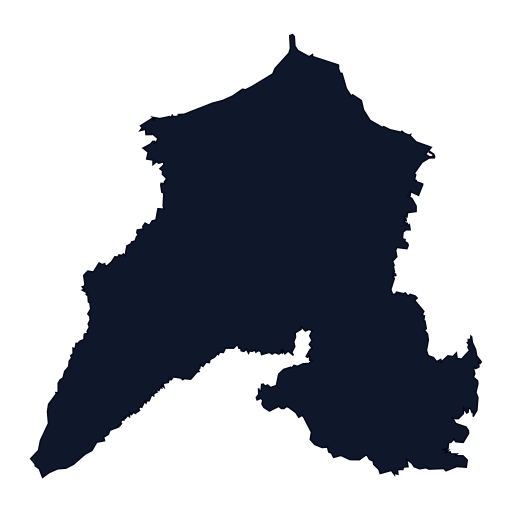 outline of Kendal, Jawa Tengah, Indonesia
{"feature_id": "22746128B21241240008354", "entity_name": "Kendal", "entity_type": "district", "adm_level": 2, "iso_a3": "IDN", "parent_name": "Indonesia", "parent_adm1": "Jawa Tengah", "projection": "natural_earth1", "projection_center": [110.154, -7.019], "detail": "fine", "context": "isolated", "style": "filled", "palette": "ink", "viewbox_px": 512, "rotation_deg": 0, "n_neighbors": 0, "source": "geoboundaries", "source_scale": "gbopen_adm2", "svg_char_len": 6051}
<svg xmlns="http://www.w3.org/2000/svg" viewBox="0 0 512 512"><path d="M158.0,208.7L155.9,220.0L152.3,220.9L149.3,225.4L145.1,223.1L142.8,226.4L143.3,229.0L137.3,230.0L136.8,232.6L138.4,235.3L136.6,236.6L135.1,241.0L131.6,241.9L131.0,243.8L126.9,245.9L125.1,255.8L123.5,254.0L121.3,255.5L119.0,254.9L117.7,257.2L114.9,256.7L111.5,262.0L106.8,266.0L105.1,265.7L104.7,263.7L102.0,264.6L99.1,263.0L93.4,272.0L87.8,271.1L83.7,275.4L84.9,283.7L84.5,286.1L82.2,286.8L84.1,289.3L82.3,290.1L87.6,293.0L86.1,294.2L88.1,296.1L88.4,301.9L89.9,302.9L90.7,309.1L87.8,313.9L89.9,316.3L90.1,320.1L88.2,323.9L89.4,327.0L87.1,331.3L87.8,333.5L84.3,334.1L83.9,339.6L79.5,341.4L78.0,343.5L76.1,343.3L75.1,348.9L73.0,348.1L73.2,353.7L70.8,355.6L71.6,358.1L69.2,361.1L68.8,366.6L64.7,371.3L63.0,378.1L60.2,379.8L58.2,383.2L58.2,392.7L55.9,392.6L56.3,393.8L48.6,404.3L47.5,411.6L48.5,423.4L40.5,440.4L38.5,450.4L30.7,458.7L35.1,464.0L35.2,465.8L39.3,468.8L42.6,477.4L49.1,472.6L57.7,468.8L65.8,468.2L73.6,464.2L84.9,454.3L91.9,450.5L96.7,442.2L104.5,440.7L103.6,437.2L108.3,434.3L109.9,430.2L118.8,426.8L118.6,425.2L119.8,425.7L121.5,423.6L120.7,422.2L121.5,420.1L124.1,420.0L123.9,417.6L124.7,416.9L125.4,418.2L127.8,415.4L129.5,416.7L129.6,413.2L131.5,414.6L133.8,411.9L135.2,413.4L139.5,410.4L138.6,408.6L140.0,406.8L141.8,407.3L144.6,401.3L146.0,403.1L146.8,400.7L149.1,400.8L151.6,394.9L153.7,395.9L153.7,393.6L157.1,392.0L155.9,390.8L156.9,389.7L158.9,390.5L160.1,387.7L161.8,388.0L161.6,385.3L164.0,387.2L163.0,383.4L168.3,382.4L168.9,379.4L171.2,379.8L173.3,376.9L180.8,378.0L182.8,379.7L184.2,378.6L190.7,379.2L197.0,372.0L199.1,371.5L198.1,369.8L199.7,368.4L200.4,364.8L203.0,366.4L206.0,362.2L209.4,362.6L209.9,359.6L214.4,357.2L217.5,353.5L218.4,354.5L219.6,352.1L223.4,352.5L225.4,348.1L233.6,348.2L236.3,345.4L238.2,345.6L238.9,348.2L241.0,348.4L241.1,350.7L243.9,351.4L246.4,349.2L248.6,353.2L249.5,350.7L252.0,351.4L254.8,350.0L255.9,352.2L258.5,350.5L260.8,351.6L261.6,354.6L269.6,352.3L272.1,354.1L274.8,352.5L279.0,354.1L281.1,352.4L282.5,353.1L282.7,351.4L281.0,350.6L282.9,349.4L284.9,353.8L288.1,351.0L293.4,355.4L291.8,352.3L294.8,346.5L293.7,341.8L295.5,337.2L295.2,332.8L301.0,329.3L301.5,326.9L305.4,331.0L308.9,329.4L312.2,330.6L309.7,335.8L312.0,340.5L309.3,344.4L312.4,348.5L310.2,349.3L306.2,356.4L307.3,357.3L309.5,355.7L309.6,360.2L312.1,360.9L308.7,363.5L303.1,363.8L297.3,366.4L294.1,365.3L291.8,368.1L290.7,367.2L283.7,369.4L278.7,374.1L276.4,385.5L270.7,387.6L267.6,385.0L265.1,386.2L263.2,384.1L261.6,384.5L261.1,391.0L259.9,391.3L258.5,388.4L258.8,394.3L256.3,397.6L257.1,399.9L260.9,398.3L262.8,400.0L262.0,404.0L263.9,407.4L269.4,411.0L278.8,406.3L281.4,408.5L284.0,408.5L286.7,406.4L289.0,407.5L295.8,412.5L298.8,417.3L301.3,415.5L303.3,416.3L311.4,432.1L310.3,439.5L314.8,444.5L322.1,447.5L327.6,447.1L328.7,451.9L331.6,453.2L333.6,457.4L340.9,455.4L350.0,459.6L359.4,459.7L365.6,455.2L367.2,455.4L369.5,459.4L373.2,461.1L373.7,464.4L378.9,469.4L380.2,473.5L391.4,470.4L394.4,474.5L394.3,473.2L397.9,474.2L397.4,469.6L402.8,469.5L403.6,467.0L408.0,466.7L406.6,459.5L411.4,462.7L414.2,466.7L419.7,468.8L425.9,467.7L429.0,469.1L443.8,468.5L446.0,470.8L456.8,466.5L466.3,467.2L467.2,460.0L463.0,455.8L455.4,455.7L457.2,454.0L450.7,453.9L450.2,451.9L445.5,452.4L448.4,450.1L441.7,449.8L448.0,448.3L448.5,442.8L451.1,442.2L454.1,438.9L455.7,441.7L463.2,442.4L468.6,433.4L468.4,430.6L466.0,427.0L455.7,423.5L452.0,416.8L454.0,418.5L458.3,418.7L463.3,413.7L463.8,408.1L466.6,413.0L468.1,412.2L468.5,408.5L470.5,408.4L472.1,412.5L473.4,411.7L473.2,416.6L476.9,410.2L477.9,397.6L475.9,392.4L477.9,383.7L477.5,380.7L473.4,377.3L474.8,373.6L473.7,369.2L474.3,367.2L475.8,368.5L479.0,366.8L478.5,362.3L480.1,363.4L481.3,361.9L476.7,355.9L475.6,349.6L472.3,342.4L471.7,337.0L470.9,336.2L470.6,339.5L468.3,339.5L468.5,342.0L467.3,342.6L468.9,344.7L467.9,347.3L469.6,350.4L461.6,359.1L457.1,358.5L456.4,352.9L452.8,356.6L447.9,355.8L441.3,362.0L440.7,359.5L436.7,361.6L433.4,357.5L428.2,355.7L426.4,350.4L428.3,340.0L427.5,334.0L424.1,329.8L426.3,328.7L424.9,321.0L423.7,320.8L424.4,315.9L422.1,314.9L423.8,311.4L414.6,300.4L417.1,298.1L415.4,296.1L410.2,294.3L408.0,296.2L405.4,292.9L403.3,293.7L396.5,292.1L395.6,294.0L392.6,294.5L390.8,289.5L394.3,278.5L392.8,275.9L395.8,275.5L395.5,274.0L393.1,273.4L394.4,271.9L393.4,266.5L394.1,265.3L392.6,261.1L396.8,256.7L395.6,250.4L396.9,247.4L406.9,248.7L408.2,245.5L407.6,243.2L404.8,241.6L405.1,239.6L402.4,238.7L403.1,232.0L406.1,229.7L410.1,229.8L409.4,225.0L408.7,225.9L407.2,223.4L406.0,224.6L405.7,222.3L403.9,221.8L404.6,220.1L406.2,220.5L405.9,218.8L404.1,218.1L404.8,216.7L406.9,217.1L407.6,212.6L416.1,211.5L416.1,206.0L412.1,198.8L408.3,196.0L410.1,195.6L410.6,191.6L418.5,195.3L422.6,185.0L422.7,184.0L416.0,181.5L416.3,180.5L414.5,179.7L415.7,174.9L414.3,173.3L422.1,162.2L429.1,158.0L434.4,157.8L434.6,156.7L433.7,154.2L429.8,151.5L429.4,152.4L433.1,154.2L433.0,156.5L429.6,156.9L425.5,154.2L431.3,147.3L416.1,141.9L410.2,135.8L410.6,134.5L409.1,135.2L404.7,133.5L401.9,131.2L400.8,132.2L390.2,129.8L383.6,126.6L382.5,127.5L370.1,120.4L363.5,109.9L361.3,100.5L352.6,94.8L351.1,96.0L346.3,88.5L342.0,73.4L340.1,73.2L338.5,68.8L338.5,65.1L312.6,56.6L312.5,54.6L309.1,56.7L297.8,50.5L294.9,46.1L294.3,36.6L292.7,34.6L289.8,35.6L290.4,48.4L288.9,53.2L275.1,68.4L272.8,73.9L251.7,86.7L245.5,89.8L242.5,89.2L232.8,96.0L222.5,100.6L212.7,103.1L184.1,114.3L178.3,114.6L178.4,116.0L175.8,116.6L172.5,116.4L172.2,114.4L172.3,115.8L169.8,117.9L169.5,116.6L159.8,118.6L152.7,117.3L154.8,119.1L154.1,120.4L151.9,118.6L140.5,125.8L142.3,127.7L140.1,130.6L145.5,129.3L146.0,134.6L151.6,134.5L151.7,133.2L158.0,138.6L155.6,143.5L154.6,141.3L152.8,141.4L150.6,144.0L143.0,148.1L148.2,152.1L146.7,159.0L153.0,160.0L153.0,164.6L156.5,161.6L158.8,163.2L162.6,161.9L164.0,162.8L163.6,165.1L159.9,168.7L162.6,170.8L162.4,174.2L166.7,178.6L164.4,181.9L164.8,183.6L161.0,183.4L160.8,185.1L161.8,192.1L163.8,193.3L163.2,206.0L164.1,209.2L158.0,208.7Z" fill="#0f172a" stroke="#020617" stroke-width="1.5"/></svg>